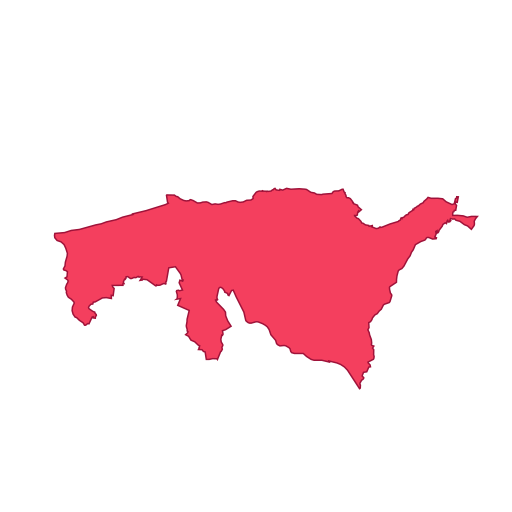 Comanesti, Bacau, Romania, rotated 198°
{"feature_id": "2599482B34680832118241", "entity_name": "Comanesti", "entity_type": "district", "adm_level": 2, "iso_a3": "ROU", "parent_name": "Romania", "parent_adm1": "Bacau", "projection": "orthographic", "projection_center": [26.421, 46.409], "detail": "fine", "context": "isolated", "style": "filled", "palette": "rose", "viewbox_px": 512, "rotation_deg": 198, "n_neighbors": 0, "source": "geoboundaries", "source_scale": "gbopen_adm2", "svg_char_len": 6110}
<svg xmlns="http://www.w3.org/2000/svg" viewBox="0 0 512 512"><g transform="rotate(198 256 256)"><path d="M450.0,209.3L445.8,209.2L442.1,207.6L439.3,204.6L436.2,200.3L435.6,197.4L435.4,191.3L434.6,187.5L435.2,184.1L434.4,183.3L432.2,183.4L430.5,182.8L429.3,177.8L430.8,176.0L427.7,175.0L426.9,174.2L426.9,172.0L427.3,170.8L427.4,166.9L426.8,165.6L425.3,164.0L425.1,162.6L423.5,160.4L421.7,158.8L418.2,157.8L415.1,156.1L414.3,155.1L414.8,150.7L414.0,147.2L412.0,144.2L409.2,142.0L407.6,142.0L404.2,140.3L399.7,139.0L397.7,137.2L396.6,137.6L395.2,139.7L393.9,139.9L393.0,147.3L392.1,147.9L391.7,146.8L389.6,147.2L390.0,149.0L389.4,149.9L389.9,151.0L391.3,151.7L392.0,152.8L394.1,152.9L398.6,154.3L399.3,155.1L399.3,156.5L398.1,159.1L396.4,159.9L396.5,161.8L394.8,162.6L389.1,168.7L385.4,170.2L380.4,170.9L381.5,173.9L379.6,174.1L380.9,181.3L382.6,182.2L383.6,183.6L373.5,187.0L374.0,188.3L372.9,188.9L374.1,190.1L374.0,192.2L373.5,193.9L373.2,194.3L373.0,194.0L372.8,194.7L373.1,196.1L371.6,196.8L368.4,195.8L367.3,196.2L365.3,198.0L364.3,198.0L363.2,198.6L362.0,200.0L361.4,200.2L360.7,199.7L359.8,200.4L357.8,200.8L358.7,197.0L356.6,198.1L356.6,198.9L352.3,199.8L342.2,196.6L341.6,196.9L341.6,197.8L340.5,197.7L338.3,198.6L335.7,201.0L334.5,201.6L333.6,201.3L333.1,201.7L333.8,203.7L333.4,204.3L335.3,217.8L329.3,220.9L322.6,216.0L321.5,214.9L318.8,210.5L317.9,210.6L318.0,209.4L320.9,209.5L320.8,206.8L315.4,200.9L318.1,199.3L319.2,199.5L320.7,198.6L320.8,197.7L318.9,194.9L318.3,193.2L317.8,191.0L318.2,190.4L314.6,192.2L315.2,184.9L302.7,183.6L302.0,174.6L301.3,172.1L300.8,168.3L300.3,167.1L298.8,165.0L298.3,163.4L297.3,163.0L297.3,161.8L298.6,159.4L295.3,158.8L291.9,155.9L287.8,155.5L283.4,153.4L281.8,153.2L281.8,151.1L281.5,151.0L281.8,149.3L278.4,150.2L276.5,149.0L274.7,149.0L271.3,142.3L268.6,143.2L265.5,145.0L261.3,146.2L260.7,145.7L260.1,154.0L259.6,154.7L259.2,156.9L260.2,158.6L259.9,160.7L260.2,161.4L262.5,163.5L263.7,165.9L264.1,170.2L263.4,170.2L263.2,171.5L264.8,174.6L262.2,176.5L258.0,181.5L262.9,185.6L266.3,189.7L267.7,193.2L270.3,195.2L279.2,199.9L280.9,201.6L279.7,202.6L279.3,202.2L279.0,202.6L280.1,203.8L280.6,205.5L281.4,213.8L280.4,215.2L279.2,215.3L277.4,214.7L275.1,213.0L274.6,212.0L271.3,211.6L270.7,210.3L269.5,210.0L268.6,215.6L267.1,216.5L262.2,211.0L250.2,198.9L245.9,191.7L245.1,191.0L242.8,190.2L241.3,190.2L239.8,190.7L235.6,193.5L233.6,194.0L228.8,193.7L225.6,193.0L223.3,192.1L220.7,190.0L217.5,185.7L211.3,181.9L209.3,179.0L207.9,178.3L205.5,177.9L201.6,179.6L199.9,179.8L196.2,179.0L195.0,178.3L193.4,175.9L192.2,175.1L189.3,175.2L180.9,177.9L176.9,176.1L171.6,174.7L168.6,174.8L161.2,177.2L153.5,177.8L154.2,178.7L146.0,179.3L141.9,179.0L137.6,177.8L133.7,175.7L116.5,161.8L116.1,162.3L116.1,162.9L116.8,165.5L117.7,166.4L117.8,167.4L117.2,170.5L116.2,171.7L115.8,172.9L116.0,173.7L117.8,174.5L118.0,175.1L117.8,178.6L114.9,180.1L114.4,185.2L112.9,186.0L113.9,187.7L116.3,189.0L116.7,189.7L112.4,194.1L112.3,195.4L112.7,197.1L113.6,198.4L115.1,203.3L116.7,204.4L116.1,206.7L118.3,206.8L118.9,207.4L119.1,209.0L120.5,212.2L123.6,216.1L124.6,218.0L126.8,220.4L126.4,222.8L128.2,227.5L126.8,228.9L126.1,231.3L126.1,233.1L125.2,235.5L124.6,236.9L122.9,238.6L121.8,241.8L120.4,244.1L119.7,248.8L119.0,249.8L114.9,252.9L114.5,254.0L114.6,260.2L115.1,261.2L116.7,262.3L118.7,265.6L119.4,267.5L119.3,268.1L114.3,274.4L115.1,277.1L115.8,280.6L116.1,285.7L115.4,287.2L113.4,289.1L112.2,292.1L110.8,300.1L109.5,303.8L109.3,307.6L108.4,310.4L107.9,316.1L103.7,320.7L100.5,323.2L99.9,324.0L99.6,325.6L99.0,326.5L97.5,327.0L93.3,326.7L90.0,328.1L90.0,329.1L91.8,329.3L91.5,332.6L92.6,334.9L91.6,336.1L90.7,333.9L90.1,334.4L89.7,335.8L89.9,336.7L88.1,341.9L88.0,343.8L86.3,346.0L84.9,345.7L85.1,348.2L84.7,349.2L83.6,347.8L82.9,348.8L82.3,348.4L81.7,349.8L82.6,350.1L82.6,351.7L80.2,351.9L78.6,352.7L76.9,351.8L72.8,352.0L67.5,350.2L64.1,350.0L59.4,347.9L58.0,352.3L58.1,353.8L59.2,356.6L58.7,359.4L57.7,362.0L63.2,360.3L67.1,358.1L71.3,358.2L76.7,357.0L81.4,355.4L82.0,356.9L82.3,358.6L81.5,359.3L81.5,360.7L80.2,361.2L80.9,366.1L82.7,367.2L82.7,369.1L81.2,369.2L81.9,374.8L83.4,374.4L83.1,373.3L84.0,372.2L83.6,366.9L85.5,365.5L91.9,366.3L96.1,368.1L100.9,367.1L107.2,365.0L110.5,364.9L111.2,363.1L113.2,359.8L113.4,358.4L115.7,356.2L117.1,353.7L117.9,353.3L118.5,352.1L120.3,350.2L120.3,348.8L121.2,348.8L121.0,347.9L123.9,344.4L124.3,342.4L125.9,341.5L126.1,340.7L126.9,339.9L127.4,338.5L128.6,337.7L128.7,336.7L129.7,337.1L129.9,336.1L129.8,334.8L131.0,333.7L131.2,332.9L138.4,327.9L145.1,322.3L146.2,321.7L147.0,322.0L148.2,320.2L150.2,319.2L154.9,319.5L154.6,320.4L154.8,320.9L157.6,319.2L158.2,319.9L161.6,319.4L164.2,320.2L165.8,320.1L166.8,321.3L170.2,323.2L171.5,323.1L174.7,324.7L174.8,325.0L174.0,325.1L172.3,326.2L172.8,329.1L172.4,330.5L171.8,329.8L170.1,332.6L174.1,334.3L175.2,335.7L179.3,335.9L179.8,336.7L180.5,336.6L180.8,337.5L184.0,339.7L186.0,340.0L187.5,339.5L188.2,339.9L189.0,340.7L189.1,341.4L190.8,343.0L190.8,343.7L192.1,344.2L193.8,346.4L194.7,346.1L197.4,343.5L201.2,342.1L202.4,341.1L203.1,338.9L211.4,335.5L212.5,334.7L217.3,333.4L219.9,334.0L223.5,333.5L228.5,334.9L230.0,334.7L235.7,333.3L243.4,330.3L247.8,329.8L251.0,326.9L253.9,326.8L253.8,325.8L254.7,325.5L257.3,325.1L258.8,326.2L259.6,325.6L260.0,324.4L260.8,324.0L261.8,322.4L264.1,321.3L265.6,321.1L265.7,320.6L267.5,320.5L268.6,319.9L269.8,320.2L270.2,320.0L270.1,319.5L273.0,318.8L274.8,317.5L275.6,316.5L277.3,311.7L276.5,309.7L278.2,307.6L282.1,306.1L284.9,303.4L287.7,302.1L289.7,301.8L292.6,302.2L295.3,301.3L300.4,298.2L301.0,297.4L302.4,297.0L305.9,294.4L308.0,293.4L311.0,292.9L313.9,291.3L318.2,292.2L320.0,292.1L323.3,290.8L325.4,289.3L328.1,288.3L332.8,289.3L335.5,289.4L336.0,289.2L336.7,288.0L339.4,286.8L341.9,286.5L345.9,287.0L348.8,288.2L350.4,288.0L352.4,288.7L359.7,286.5L359.9,286.1L356.8,279.9L355.7,279.1L358.0,276.9L374.5,265.2L386.4,257.9L385.9,257.4L394.9,251.7L400.2,247.3L408.8,242.2L413.1,238.8L418.1,236.0L432.1,226.7L439.6,223.2L445.3,219.1L454.3,215.3L454.0,213.3L453.0,211.2L450.0,209.3Z" fill="#f43f5e" stroke="#9f1239" stroke-width="1.5"/></g></svg>